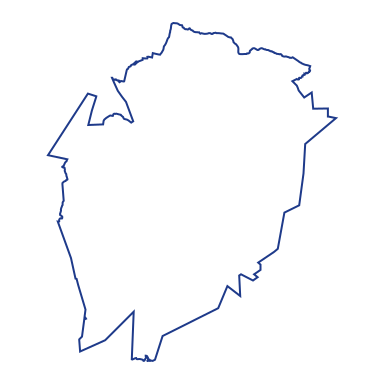 Matachí, Chihuahua, Mexico
{"feature_id": "50627088B19722398336980", "entity_name": "Matachí", "entity_type": "district", "adm_level": 2, "iso_a3": "MEX", "parent_name": "Mexico", "parent_adm1": "Chihuahua", "projection": "mercator", "projection_center": [-107.708, 28.816], "detail": "fine", "context": "isolated", "style": "outline", "palette": "blue", "viewbox_px": 384, "rotation_deg": 0, "n_neighbors": 0, "source": "geoboundaries", "source_scale": "gbopen_adm2", "svg_char_len": 5625}
<svg xmlns="http://www.w3.org/2000/svg" viewBox="0 0 384 384"><path d="M233.2,40.7L232.8,39.6L232.3,38.7L231.7,38.4L230.9,37.4L230.2,37.4L229.4,37.3L228.0,36.8L227.4,36.3L226.6,35.8L225.2,34.8L224.5,34.5L224.0,34.0L223.2,33.6L221.8,33.5L220.8,33.4L219.4,33.2L217.3,33.1L216.4,33.1L215.6,32.7L214.9,32.9L213.8,33.0L213.2,33.2L212.9,33.7L212.1,34.0L211.3,33.9L210.8,33.4L210.2,33.2L209.0,33.1L208.2,33.4L207.1,33.7L204.8,33.9L203.5,33.7L202.3,33.4L201.4,33.2L200.3,33.7L199.8,33.2L199.1,32.3L198.3,32.4L197.2,32.2L195.8,32.2L194.3,31.9L193.3,31.3L192.7,30.6L191.2,30.0L190.4,29.4L189.8,28.4L189.6,28.3L189.4,28.3L189.0,28.6L188.2,29.4L187.4,29.5L186.8,29.2L185.3,29.2L184.3,28.6L183.7,27.7L182.7,27.4L182.1,25.3L179.9,25.0L178.7,24.2L177.6,23.5L176.6,23.3L175.0,23.2L173.4,23.0L172.5,23.4L171.6,24.0L171.2,25.4L171.0,27.2L170.8,28.9L170.4,30.2L170.1,31.1L170.2,31.9L169.9,32.7L169.5,34.5L169.3,35.9L169.0,37.2L168.1,38.1L167.5,39.2L166.6,41.7L166.0,43.2L165.4,44.3L165.0,45.0L163.9,46.4L163.6,48.3L163.3,49.7L161.6,52.7L161.0,53.4L160.4,54.1L160.2,54.6L159.3,54.6L156.0,53.9L152.8,53.1L152.4,55.6L152.1,57.5L148.4,56.7L147.6,56.8L147.7,57.0L147.3,58.4L145.0,58.5L144.9,58.4L142.7,58.2L142.6,59.9L138.1,61.6L138.0,61.8L136.2,61.4L134.7,62.8L136.4,63.1L134.8,64.6L132.6,64.4L131.1,65.2L130.6,66.3L128.8,67.0L128.0,68.8L127.0,69.4L126.7,70.3L124.2,81.2L123.9,81.5L122.0,81.2L121.0,81.0L120.4,81.6L119.5,82.2L118.7,81.4L118.4,81.1L118.5,81.0L118.8,80.9L118.9,80.6L118.2,80.4L116.2,80.1L115.9,79.4L114.9,79.4L114.2,79.9L113.2,79.5L112.3,77.8L112.0,77.8L114.1,82.7L115.8,86.4L117.8,90.8L122.1,96.9L126.0,101.9L133.2,121.3L131.2,122.6L128.4,120.4L126.9,119.6L124.4,119.0L123.9,118.7L123.6,118.2L123.2,117.4L123.1,117.0L122.2,116.3L121.2,115.4L120.9,115.2L120.8,114.8L120.5,114.7L119.4,114.5L116.4,113.7L116.0,113.7L115.3,113.9L114.9,113.8L114.3,113.7L114.0,113.8L113.3,114.4L113.0,115.4L112.8,115.9L110.2,115.5L108.8,116.3L106.3,117.9L104.3,119.6L103.6,120.9L103.1,124.4L88.3,125.0L91.9,110.5L96.1,97.2L96.3,96.3L87.9,93.6L48.0,155.2L67.3,159.3L66.8,160.3L66.5,161.3L66.0,161.6L65.1,162.6L64.6,163.7L64.0,165.1L63.6,165.8L63.0,166.3L62.4,166.6L62.2,166.9L62.3,167.1L62.7,167.3L63.0,167.4L63.5,167.6L64.1,167.5L64.4,167.6L64.6,167.9L64.9,169.9L64.7,170.8L65.6,173.3L66.2,174.0L66.5,176.3L66.8,176.8L67.0,177.7L67.3,178.7L67.5,179.2L67.3,179.7L66.5,179.9L66.0,180.3L65.6,181.0L64.5,181.3L63.6,181.9L62.5,183.0L62.4,184.0L63.7,200.8L63.3,201.3L62.7,202.3L62.6,203.2L62.6,205.0L62.2,205.5L61.8,206.7L61.3,207.9L60.9,209.4L61.0,210.7L60.5,212.4L60.0,214.0L60.2,215.1L61.0,215.5L61.7,216.2L62.2,216.5L62.3,217.5L62.2,218.1L61.9,218.5L60.6,218.3L59.9,218.6L59.4,219.3L59.1,220.1L59.2,221.0L59.2,221.4L58.8,221.7L58.3,221.7L57.8,221.6L71.0,258.1L75.5,278.6L76.6,278.9L78.2,285.1L85.5,309.6L84.5,317.3L85.2,317.4L86.0,318.7L85.3,319.0L84.3,319.1L82.0,336.6L80.9,337.7L79.3,339.3L79.2,339.7L80.1,351.5L105.2,340.2L133.7,311.7L131.8,359.3L132.3,359.5L133.3,359.1L135.3,358.2L136.2,358.1L136.4,358.6L136.7,359.0L137.1,359.2L139.6,359.0L140.7,359.2L142.3,359.6L142.8,359.8L143.1,360.0L143.1,360.3L143.3,360.7L143.8,360.9L144.3,360.7L144.6,360.3L145.1,359.5L145.2,359.0L145.4,358.5L145.7,358.3L146.1,357.9L146.3,357.5L146.5,357.2L146.4,357.0L146.1,356.9L145.9,356.7L145.7,356.3L145.7,355.9L145.7,355.7L146.0,355.7L146.2,355.9L146.7,356.0L147.0,356.1L147.2,356.4L147.3,357.0L147.7,357.3L147.9,357.5L148.0,359.0L148.6,359.4L149.0,359.4L149.2,359.5L148.5,360.1L147.4,360.7L147.4,360.9L147.5,361.0L148.1,360.9L148.6,360.6L149.7,360.9L150.8,360.8L151.5,360.6L152.7,360.9L155.0,359.7L162.6,336.0L218.2,308.2L227.4,286.1L240.2,296.0L239.2,275.5L241.0,274.3L253.0,280.5L257.6,277.2L254.1,274.3L260.5,269.9L260.5,264.6L258.2,262.6L274.2,251.8L277.8,248.8L284.4,212.6L299.2,205.3L303.5,173.5L305.2,144.0L336.0,118.1L328.1,116.5L327.9,116.5L327.9,113.6L327.9,108.5L313.2,108.7L311.7,92.5L304.2,97.5L299.0,90.9L298.6,90.3L297.8,87.9L296.8,85.6L292.4,81.2L296.8,79.0L297.3,79.4L298.7,79.5L299.0,79.3L299.0,78.6L299.0,78.1L299.3,77.8L300.8,78.0L301.5,77.5L301.8,76.8L302.1,76.3L302.5,76.3L302.4,75.9L302.6,75.4L303.4,75.1L303.9,74.7L304.4,74.8L304.4,73.9L304.9,74.2L305.4,73.7L305.3,73.4L305.7,73.2L306.1,72.8L306.8,72.9L307.1,73.3L308.1,72.9L308.7,72.0L309.2,72.0L309.3,71.2L309.9,71.1L310.1,70.5L310.1,70.3L309.7,70.0L309.4,69.6L309.2,68.9L309.8,67.4L310.2,66.1L309.6,65.9L308.4,65.5L307.8,65.3L306.3,65.0L305.7,64.9L304.9,64.7L304.2,64.4L303.4,64.2L302.8,63.8L302.1,63.5L301.5,63.3L301.1,62.8L299.5,62.1L298.6,61.3L292.7,57.3L291.9,57.7L291.4,57.8L291.1,57.9L290.7,57.7L290.0,57.8L289.5,57.7L289.0,57.3L288.6,57.1L288.2,57.1L285.9,56.4L284.9,56.6L283.8,56.5L282.8,56.2L282.1,55.8L281.8,55.0L281.3,54.5L280.9,54.2L280.5,54.1L280.1,54.3L279.7,54.3L279.2,54.1L278.7,54.1L278.4,54.0L276.6,53.8L275.9,53.3L275.5,53.1L275.0,53.1L274.5,53.0L274.3,52.6L273.9,52.3L273.5,52.3L273.2,52.0L272.9,51.9L272.5,51.9L272.1,51.7L271.9,51.3L271.5,51.2L270.7,51.3L270.1,51.1L269.6,50.6L268.7,50.4L268.1,50.0L267.1,50.0L266.5,49.9L265.9,49.7L265.3,49.3L264.7,49.4L263.9,49.1L263.3,48.9L262.9,48.6L262.4,48.4L261.6,48.2L261.0,48.3L260.4,48.5L259.8,48.8L259.2,49.4L258.8,49.5L258.5,49.9L257.6,50.0L256.9,49.7L255.3,48.7L254.5,48.3L253.9,48.2L253.2,48.3L252.5,48.5L252.1,49.1L251.6,49.3L250.7,50.3L250.1,50.6L249.8,51.2L249.7,52.5L248.6,53.4L248.0,53.4L247.1,53.4L246.9,53.8L246.4,54.0L244.6,54.0L243.1,54.1L242.4,54.1L240.4,54.1L239.5,54.0L239.1,53.8L238.7,53.3L238.3,52.2L238.3,51.5L238.3,50.8L238.4,49.1L238.4,48.8L238.2,47.5L237.9,46.8L237.0,45.5L236.7,45.1L236.0,44.2L234.8,43.5L233.8,42.4L233.4,41.9L233.4,41.3L233.2,40.7Z" fill="none" stroke="#1e3a8a" stroke-width="2"/></svg>